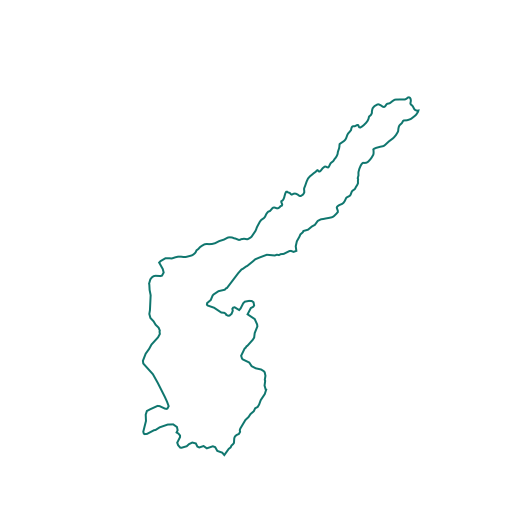 outline of Chicacao, Suchitepéquez, Guatemala, rotated 205°
{"feature_id": "79465075B95007488956615", "entity_name": "Chicacao", "entity_type": "district", "adm_level": 2, "iso_a3": "GTM", "parent_name": "Guatemala", "parent_adm1": "Suchitepéquez", "projection": "natural_earth1", "projection_center": [-91.364, 14.487], "detail": "fine", "context": "isolated", "style": "outline", "palette": "teal", "viewbox_px": 512, "rotation_deg": 205, "n_neighbors": 0, "source": "geoboundaries", "source_scale": "gbopen_adm2", "svg_char_len": 6108}
<svg xmlns="http://www.w3.org/2000/svg" viewBox="0 0 512 512"><g transform="rotate(205 256 256)"><path d="M288.9,65.6L286.0,60.0L283.9,49.1L282.6,47.6L281.7,47.5L279.6,48.7L274.8,55.0L273.5,55.9L270.9,60.0L264.8,65.9L259.9,68.4L255.4,67.6L253.4,65.0L253.4,62.5L251.3,62.3L249.0,61.2L248.3,59.8L248.5,53.5L246.6,51.6L243.7,50.3L242.5,50.7L238.4,54.3L237.2,57.2L234.9,60.0L231.3,60.7L228.6,58.5L226.5,58.5L223.2,61.6L219.3,60.9L214.7,65.3L212.2,65.5L208.7,63.0L203.5,63.5L200.6,62.2L199.2,69.7L198.1,71.8L198.1,73.9L197.3,75.7L197.0,77.3L198.7,81.7L198.8,83.5L198.0,85.5L196.3,87.5L196.1,89.9L197.1,91.3L197.3,93.0L196.3,102.9L194.7,106.9L194.2,110.4L192.4,114.4L192.4,117.6L190.7,119.9L190.4,122.7L190.8,127.4L189.7,134.6L190.3,139.2L190.9,139.2L193.5,142.2L194.9,146.7L195.7,147.5L196.8,151.4L199.0,154.3L200.3,154.9L203.4,155.3L208.8,154.1L213.4,154.3L217.1,156.6L224.2,156.7L225.3,157.1L227.3,159.3L227.2,167.4L226.6,168.5L226.4,170.3L225.9,170.8L223.5,178.8L223.2,181.3L224.6,185.6L225.0,192.8L226.1,194.5L230.5,198.3L239.0,199.6L238.7,206.6L237.0,208.9L236.8,210.4L238.7,213.0L240.8,213.4L243.3,212.4L246.8,209.9L247.6,207.8L247.8,201.9L248.4,199.9L253.7,200.5L254.9,199.5L255.1,198.1L253.9,196.5L253.7,193.3L254.8,190.8L256.0,190.1L258.2,190.1L258.9,190.8L260.7,191.1L263.6,190.1L272.1,191.4L278.9,190.7L279.9,191.1L280.4,192.7L278.4,197.0L278.6,201.9L278.2,203.2L275.1,208.3L270.1,212.2L269.4,214.2L268.8,214.7L264.8,233.2L263.4,237.8L262.7,238.5L260.5,242.4L259.8,243.2L256.6,249.7L255.3,252.7L252.1,256.2L246.7,261.7L239.2,264.4L237.6,266.0L235.6,266.5L234.4,268.1L231.8,269.6L227.8,274.6L226.5,275.4L223.7,275.6L221.6,277.7L224.1,281.6L225.2,286.6L224.8,291.9L224.9,294.3L223.6,297.3L223.6,298.7L220.0,301.8L217.8,306.4L215.8,309.1L214.9,313.8L214.4,314.5L212.9,316.4L212.5,316.8L210.5,318.1L208.5,319.6L206.2,321.2L203.8,323.0L203.0,323.8L202.2,325.1L201.0,328.3L200.4,330.4L201.0,331.6L201.9,332.5L203.2,333.9L203.3,335.0L202.7,336.3L202.0,337.4L200.0,339.6L199.2,341.1L198.9,342.7L198.8,343.5L198.8,346.6L198.6,347.3L198.1,348.0L196.8,349.7L196.3,350.6L196.2,351.4L196.2,352.1L196.4,354.4L196.3,355.4L196.0,356.2L195.1,357.7L194.7,358.6L194.6,360.9L194.3,363.1L194.3,364.9L194.6,365.6L195.4,367.2L195.9,368.7L196.2,369.1L196.7,369.5L197.2,372.4L198.2,374.4L198.6,375.4L199.2,378.8L199.3,381.9L199.2,383.6L198.7,385.2L198.3,385.7L197.0,386.2L196.0,386.8L195.4,387.2L194.9,387.8L194.3,388.7L193.9,389.8L193.2,392.1L192.8,394.1L192.5,397.3L192.7,398.3L193.2,399.6L194.2,401.5L194.7,402.2L194.3,403.1L192.9,404.7L189.6,407.5L187.3,409.2L186.7,409.8L185.9,411.3L184.0,416.0L181.6,420.5L181.0,422.1L180.3,424.7L180.0,427.3L179.9,428.9L180.1,429.7L180.7,431.4L181.0,432.6L181.2,433.7L181.2,434.5L181.1,435.2L180.8,436.1L180.4,437.0L180.1,437.7L179.9,438.5L179.8,440.5L179.3,441.3L176.7,442.7L175.4,443.8L174.5,444.7L173.8,445.4L173.3,446.1L171.3,450.0L170.6,451.7L170.4,452.8L170.1,455.1L170.3,456.5L171.5,455.7L173.4,455.6L174.6,456.0L177.1,457.9L178.4,458.5L179.3,458.6L180.4,459.3L180.7,460.0L181.1,461.6L181.5,462.6L182.5,463.9L183.3,464.4L184.0,464.5L184.7,464.3L185.3,463.8L186.1,462.1L187.2,460.8L191.9,458.6L195.1,457.0L196.0,456.5L196.6,455.9L197.8,454.0L198.8,452.0L199.3,451.1L199.9,450.5L201.3,449.5L201.8,448.7L202.2,446.3L202.7,445.4L203.4,445.0L204.3,444.9L205.5,445.1L206.6,445.3L208.8,445.3L209.4,445.1L210.2,444.4L210.9,443.4L211.9,442.0L212.4,440.5L212.7,439.3L212.6,438.2L212.1,436.1L211.6,435.0L211.4,434.4L211.4,433.6L211.4,432.8L211.6,432.0L212.4,430.3L212.4,429.6L212.0,428.0L212.0,425.7L212.5,423.3L213.7,420.0L214.8,417.9L215.8,416.5L216.7,416.3L217.3,416.5L218.4,417.6L219.0,417.8L219.7,417.4L221.1,415.6L221.7,415.1L222.6,414.8L223.3,414.2L223.6,413.3L223.5,411.9L223.2,410.8L223.1,410.2L223.6,408.2L224.3,405.9L224.4,404.2L224.1,401.0L224.2,399.3L224.5,398.3L224.9,397.3L227.5,392.9L227.3,392.0L226.7,390.5L226.2,388.7L225.9,385.9L225.7,384.6L225.2,383.1L225.1,382.1L225.1,380.3L225.4,378.3L225.7,377.5L226.1,374.6L227.3,372.3L227.6,371.4L227.7,367.6L228.1,366.7L229.1,366.5L230.5,366.5L231.1,366.3L231.6,365.9L232.0,365.1L232.7,363.7L233.3,361.0L233.7,360.0L234.0,359.5L234.6,359.2L235.6,359.4L236.4,359.8L237.0,359.2L237.5,357.5L238.7,355.4L239.6,353.4L240.8,351.0L241.6,348.2L241.6,345.0L241.1,340.2L241.0,338.1L240.8,337.1L239.7,335.2L239.1,333.9L239.3,331.8L239.6,331.1L240.8,329.3L241.7,328.9L242.4,328.9L244.2,329.3L246.2,329.3L246.8,329.1L247.4,328.9L248.0,328.5L248.4,328.1L249.2,327.1L249.7,326.7L250.7,326.8L251.2,327.1L252.1,327.4L253.7,327.2L254.5,327.2L255.1,327.4L255.8,326.9L255.9,325.2L255.5,322.6L255.2,321.0L255.1,319.2L255.2,318.4L255.4,317.6L256.2,316.3L255.9,315.6L254.4,314.2L253.9,313.5L253.9,312.5L254.6,311.8L255.0,311.1L255.1,310.4L255.5,309.6L255.9,308.9L256.8,308.2L257.4,308.0L259.4,307.8L260.1,307.6L260.9,307.0L261.3,306.3L262.1,303.5L262.4,302.6L263.6,301.4L263.9,300.7L264.3,299.0L264.4,298.2L264.4,295.5L264.6,294.6L264.9,293.6L266.1,291.6L266.5,290.8L266.7,290.1L267.0,288.6L267.3,283.3L267.3,281.9L267.1,280.1L267.1,278.3L268.2,271.5L268.7,270.5L270.1,268.4L270.8,267.6L271.5,267.3L273.8,266.7L274.6,266.3L275.2,265.8L276.4,265.1L277.5,263.8L278.5,263.3L282.2,263.1L283.1,262.8L285.2,262.7L286.3,262.4L288.2,261.6L289.4,260.7L292.0,257.3L295.6,254.0L298.5,250.3L300.8,248.4L301.5,248.0L303.5,246.9L305.7,246.1L307.2,245.1L307.7,244.7L309.4,242.3L310.2,240.9L310.6,240.1L311.2,238.0L312.3,236.0L312.3,233.8L312.5,233.0L312.7,232.4L313.4,230.9L314.1,229.8L315.0,228.9L318.5,226.0L319.3,225.4L321.1,224.5L323.4,223.8L326.4,222.4L328.6,220.7L330.6,218.8L331.4,218.1L333.7,217.3L337.1,215.7L340.3,211.1L341.0,209.1L335.0,204.8L332.7,202.0L332.9,198.5L334.0,197.5L338.7,195.6L340.3,194.4L341.3,192.7L341.9,190.2L341.2,185.7L340.6,185.0L338.1,180.3L334.9,175.9L329.2,162.0L328.2,158.4L325.5,155.2L321.2,153.5L318.0,151.3L314.0,149.9L311.7,147.8L311.4,146.6L310.2,144.7L310.4,140.9L313.3,131.6L313.6,126.7L314.7,120.9L314.2,113.2L312.7,110.9L299.5,105.3L291.3,99.4L279.0,89.7L274.9,86.2L271.7,83.0L271.8,80.5L272.3,79.7L274.0,79.2L279.9,79.2L281.9,78.5L287.1,72.4L289.4,69.4L288.9,65.6Z" fill="none" stroke="#0f766e" stroke-width="2"/></g></svg>